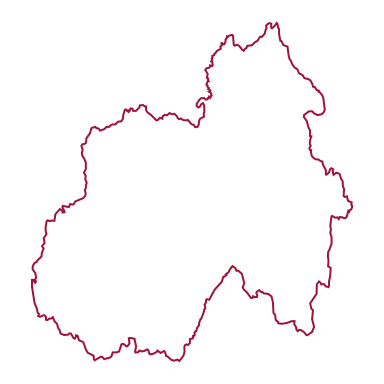 outline of Ikalamavony, Haute Matsiatra, Madagascar
{"feature_id": "10022922B85703559853082", "entity_name": "Ikalamavony", "entity_type": "district", "adm_level": 2, "iso_a3": "MDG", "parent_name": "Madagascar", "parent_adm1": "Haute Matsiatra", "projection": "equal_earth", "projection_center": [45.831, -21.226], "detail": "fine", "context": "isolated", "style": "outline", "palette": "rose", "viewbox_px": 384, "rotation_deg": 0, "n_neighbors": 0, "source": "geoboundaries", "source_scale": "gbopen_adm2", "svg_char_len": 5910}
<svg xmlns="http://www.w3.org/2000/svg" viewBox="0 0 384 384"><path d="M312.4,331.7L312.3,331.1L314.1,327.0L312.1,319.2L313.0,310.2L311.3,308.6L310.2,303.3L316.6,293.7L316.8,284.4L319.0,281.5L320.8,283.0L321.2,284.4L324.0,284.1L325.6,286.3L328.5,287.1L329.2,285.0L328.9,281.9L330.2,276.0L330.6,268.4L330.5,267.7L328.1,266.4L328.5,260.6L327.9,256.5L328.2,251.8L329.2,250.3L331.5,244.0L331.6,237.4L330.3,233.0L330.9,229.8L330.3,225.7L331.5,216.3L332.3,215.9L335.0,217.7L337.5,217.4L338.8,219.1L339.7,217.0L342.6,217.4L344.3,218.4L346.5,217.4L348.3,210.9L349.2,211.7L349.8,210.1L350.8,209.8L352.0,207.8L352.0,205.7L351.3,204.6L351.7,202.5L347.9,200.8L347.0,196.4L344.7,196.9L343.6,195.9L344.1,189.0L342.9,186.4L342.7,181.4L341.0,178.6L339.8,174.2L337.4,172.8L336.2,172.8L333.5,174.8L332.6,170.5L333.2,169.3L331.2,168.2L330.1,169.1L329.0,172.5L326.4,174.7L325.9,174.5L325.8,170.0L322.8,164.4L322.4,161.5L320.6,161.1L318.5,159.5L315.7,159.3L313.9,158.3L311.8,156.0L310.9,151.9L311.2,150.2L310.0,149.9L309.3,148.2L310.7,145.6L309.8,144.1L309.8,142.9L310.4,138.7L311.4,136.3L309.9,136.0L310.1,130.7L308.4,127.3L306.8,121.1L303.9,117.0L303.9,115.2L308.9,111.3L312.2,111.3L314.0,113.4L317.8,115.1L321.9,114.2L323.8,112.1L324.8,109.8L323.3,98.1L322.3,95.4L319.8,92.3L318.6,91.8L318.8,90.7L316.7,90.1L314.8,87.0L313.0,86.7L312.3,83.8L310.3,80.3L308.0,79.0L304.5,78.2L302.4,75.0L299.1,73.4L297.3,69.2L294.7,67.6L292.5,64.8L290.7,60.5L289.6,59.0L288.7,56.1L287.5,46.6L283.4,45.1L281.3,41.0L280.3,40.8L279.0,33.6L279.1,29.2L278.1,27.5L277.5,23.9L276.7,23.0L274.9,25.7L272.2,28.2L271.6,28.2L271.1,26.9L271.3,23.6L269.3,23.1L267.9,23.9L266.1,25.5L266.6,28.3L265.8,29.2L264.7,33.8L261.8,36.9L260.1,36.7L257.5,40.8L254.4,42.6L252.2,45.2L247.2,45.9L246.4,48.1L245.3,48.5L243.8,50.8L241.9,49.5L239.5,46.2L237.2,44.7L234.7,45.6L233.8,45.1L233.0,35.7L232.2,34.9L229.0,35.7L227.9,36.9L227.0,36.3L226.7,38.0L225.5,39.8L225.6,41.6L224.2,44.3L222.9,44.4L222.3,43.1L221.5,43.1L221.5,44.1L222.0,44.6L221.5,45.8L220.4,46.4L220.7,48.9L216.9,50.9L215.3,53.3L214.4,53.7L214.1,55.1L212.2,56.0L212.5,57.4L211.7,58.5L212.3,59.3L211.2,61.4L212.2,61.8L212.7,64.7L212.3,66.0L210.1,65.4L210.1,66.6L209.3,67.6L206.2,68.4L205.3,69.9L207.7,74.0L206.9,77.9L208.1,78.4L208.0,80.5L208.7,81.2L207.3,82.1L206.4,84.7L207.6,85.7L207.4,86.7L208.9,88.1L208.2,89.0L210.3,90.3L210.2,91.2L209.0,91.7L210.8,92.8L211.7,95.6L210.7,96.1L210.4,97.7L209.0,96.7L208.5,98.2L207.7,98.2L207.4,99.3L206.3,99.6L205.4,99.5L204.3,98.1L201.2,98.2L199.6,99.5L196.6,103.9L196.7,106.1L198.4,107.5L199.9,106.6L201.2,104.2L203.0,103.1L204.2,105.5L204.4,112.2L203.7,113.5L204.0,116.7L200.0,118.8L198.9,121.4L198.8,124.4L197.6,126.8L195.1,127.2L193.9,124.9L191.6,124.3L187.7,119.8L186.3,120.4L183.2,120.1L181.0,118.5L179.2,119.2L177.9,118.4L176.9,116.2L174.2,113.7L172.2,114.3L169.5,113.1L167.1,115.2L164.9,114.9L162.7,116.1L162.4,118.7L159.9,117.8L157.9,119.9L156.4,120.4L151.3,115.2L147.4,112.3L146.1,110.2L146.0,106.5L144.7,106.4L143.2,105.1L139.9,105.4L139.4,107.4L135.9,110.9L133.2,110.9L132.5,108.8L131.5,108.5L130.5,108.4L129.7,110.9L128.7,111.9L128.0,110.4L127.2,111.1L125.9,109.4L124.8,109.9L123.2,115.2L122.9,118.8L121.2,121.4L118.8,121.5L116.8,122.7L115.5,124.4L112.5,124.4L110.5,125.4L109.2,126.9L106.7,126.8L104.1,129.2L100.1,130.6L98.5,128.5L96.4,128.1L95.2,126.8L91.3,128.2L90.1,133.1L86.4,138.3L86.0,142.8L85.0,143.7L82.3,144.4L81.4,145.8L82.7,150.0L81.8,152.9L82.2,155.6L84.2,158.5L85.8,162.6L85.8,169.1L84.0,172.7L85.7,175.9L85.3,179.4L86.7,182.7L85.9,185.3L85.9,187.9L84.8,190.3L85.7,193.2L85.3,195.9L83.3,198.1L75.4,201.4L73.7,204.2L72.2,204.6L70.2,204.0L68.8,207.1L62.8,205.9L62.4,207.4L64.4,211.0L64.5,212.2L62.5,212.5L62.1,210.5L59.9,209.1L55.4,214.2L54.4,220.8L50.9,220.6L49.7,221.2L47.8,220.3L46.7,221.1L45.6,227.2L45.7,231.3L46.5,234.1L43.7,238.3L44.6,242.9L42.0,246.2L43.6,248.4L41.8,253.3L41.4,256.6L38.0,259.8L36.5,262.1L34.6,262.9L32.8,265.9L32.6,269.2L35.3,273.1L36.1,277.6L34.9,279.8L36.0,281.5L35.1,282.8L33.0,279.7L32.0,279.9L32.0,286.7L34.5,302.7L37.0,309.1L37.6,312.6L39.0,313.9L38.2,316.2L40.1,316.8L43.6,315.2L44.6,315.4L46.0,316.9L46.0,319.7L47.2,320.2L49.4,318.6L51.3,318.5L52.9,317.2L54.3,320.9L57.1,324.1L58.0,327.7L59.8,330.4L60.5,333.5L64.1,335.0L67.9,334.7L69.5,333.4L70.8,333.5L73.6,338.1L74.6,338.7L75.6,337.6L76.1,335.3L77.6,335.8L79.0,340.3L82.9,341.9L83.6,343.0L86.0,349.9L87.9,352.9L93.6,355.7L93.9,359.2L94.7,360.3L101.0,356.6L102.1,356.8L104.2,359.1L110.3,357.4L111.7,355.8L112.7,352.4L116.3,352.4L119.1,351.5L121.3,344.7L122.2,343.8L124.3,344.4L126.3,346.4L127.6,346.0L129.5,343.6L128.8,338.2L130.3,337.9L134.5,338.8L136.1,346.6L135.1,351.3L135.4,352.5L138.2,352.2L139.0,350.9L139.8,350.6L141.8,351.4L144.0,351.1L147.3,349.4L148.2,350.0L149.4,353.8L150.1,354.3L153.7,353.6L156.7,351.9L157.3,350.6L160.7,352.9L164.1,351.0L165.1,352.1L166.1,356.0L167.6,356.5L170.9,359.6L173.9,360.7L177.5,359.6L179.3,361.0L183.4,355.8L184.6,351.5L184.3,347.2L184.9,345.3L186.4,344.4L187.8,345.1L189.9,343.0L189.9,339.1L192.9,338.4L193.0,335.9L194.4,335.7L194.9,334.3L194.4,333.1L195.1,331.5L196.1,331.3L197.2,327.7L199.1,325.1L199.0,323.2L200.4,319.3L201.1,318.9L202.6,315.3L204.1,311.1L204.1,309.6L205.4,308.3L204.6,304.7L205.8,302.8L206.3,299.7L206.7,299.2L209.2,299.7L214.7,289.6L221.8,281.7L223.3,276.8L224.5,276.7L226.4,275.1L225.7,274.4L228.3,272.5L230.4,268.6L232.5,266.1L235.3,268.1L236.5,270.8L238.3,270.7L241.9,273.9L244.3,283.3L242.7,287.3L243.8,289.5L246.5,291.9L251.0,298.0L252.5,297.9L253.1,296.2L254.6,297.1L257.0,297.0L257.3,295.7L256.3,292.9L257.1,291.5L259.2,290.1L261.3,292.1L262.4,291.9L263.8,293.4L268.2,293.9L271.5,296.4L272.9,302.3L273.5,313.1L275.1,314.7L275.7,319.5L276.4,320.8L277.9,321.7L278.3,323.3L281.8,323.8L287.1,322.9L291.6,321.2L294.5,321.1L294.3,324.4L296.1,327.1L296.4,329.5L297.7,331.2L299.1,329.9L300.8,330.0L304.2,332.3L306.2,334.9L307.2,335.3L312.4,331.7Z" fill="none" stroke="#9f1239" stroke-width="2"/></svg>